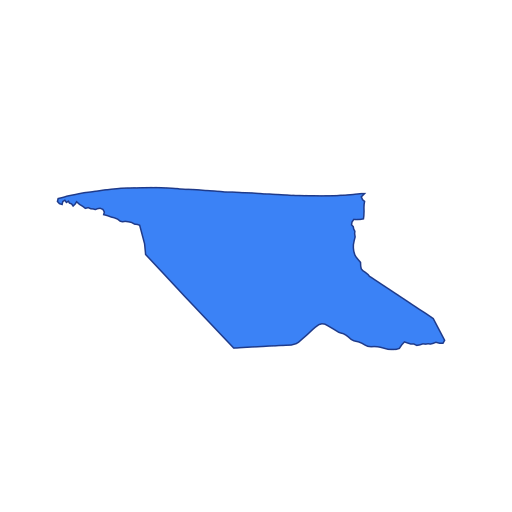 Quissamã, Rio de Janeiro, Brazil, rotated 199°
{"feature_id": "56859067B88241347773120", "entity_name": "Quissamã", "entity_type": "district", "adm_level": 2, "iso_a3": "BRA", "parent_name": "Brazil", "parent_adm1": "Rio de Janeiro", "projection": "mercator", "projection_center": [-41.42, -22.11], "detail": "fine", "context": "isolated", "style": "filled", "palette": "blue", "viewbox_px": 512, "rotation_deg": 199, "n_neighbors": 0, "source": "geoboundaries", "source_scale": "gbopen_adm2", "svg_char_len": 3434}
<svg xmlns="http://www.w3.org/2000/svg" viewBox="0 0 512 512"><g transform="rotate(199 256 256)"><path d="M173.7,350.3L176.7,349.3L179.9,347.8L182.1,346.8L184.1,345.8L186.8,344.6L189.4,343.5L191.3,342.6L193.4,341.8L196.1,340.8L198.9,339.5L201.8,338.4L204.0,337.6L205.9,336.9L208.2,336.1L210.2,335.4L212.1,334.7L214.1,334.0L217.8,332.8L220.9,331.8L222.9,331.1L225.5,330.2L227.8,329.5L230.0,328.7L232.4,328.0L235.5,327.0L238.4,326.0L240.4,325.5L242.3,324.8L244.2,324.3L246.3,323.8L248.3,323.2L250.3,322.6L252.6,322.0L254.8,321.4L257.4,320.6L260.6,319.7L263.4,319.0L266.4,318.0L269.3,317.1L271.7,316.6L274.8,315.7L277.9,314.9L280.3,314.3L283.5,313.3L287.1,312.2L289.9,311.3L292.3,310.7L295.0,309.9L297.2,309.3L299.3,308.7L301.9,307.8L304.3,307.0L306.5,306.3L309.0,305.8L311.5,305.2L313.5,304.6L316.5,303.9L320.0,302.9L322.7,302.2L325.3,301.4L328.2,300.7L331.6,299.9L334.1,299.2L336.6,298.5L338.9,297.8L341.0,297.2L344.2,296.1L347.6,295.2L350.0,294.5L352.0,294.2L354.3,293.5L356.3,293.0L359.2,292.2L362.1,291.4L365.0,290.5L367.8,289.7L370.3,288.9L372.8,288.1L375.0,287.3L377.7,286.4L381.3,285.1L384.6,283.9L388.2,282.6L391.0,281.5L392.9,280.9L395.1,280.1L397.7,279.1L400.0,278.3L402.8,277.2L405.9,276.0L408.4,274.8L411.3,273.5L414.6,272.0L417.8,270.4L420.2,269.4L422.9,268.0L425.5,266.6L427.6,265.5L429.6,264.6L431.6,263.5L433.6,262.5L435.9,261.4L438.5,260.2L441.0,258.8L444.1,257.0L447.2,255.1L449.5,253.8L452.1,252.3L454.3,251.0L456.1,249.6L458.6,247.9L461.8,245.9L461.5,242.9L458.9,241.5L456.1,241.6L456.4,244.6L454.9,246.5L452.7,244.9L451.2,246.7L449.6,245.3L447.3,245.2L445.2,243.7L443.8,246.5L443.3,248.9L439.8,247.4L435.8,246.5L432.9,245.5L430.4,247.1L427.5,246.9L425.3,247.5L423.1,247.6L421.2,249.2L418.9,250.4L415.9,250.2L413.7,248.2L413.5,245.5L411.3,245.7L408.9,245.8L405.5,245.7L402.5,246.0L398.8,245.8L395.7,244.7L393.4,244.9L390.9,246.2L387.3,246.9L384.6,247.2L381.1,246.6L378.5,247.2L376.0,247.2L365.4,231.4L364.4,229.3L363.1,226.4L361.9,223.8L360.9,221.5L338.0,209.4L310.6,194.8L247.1,161.7L243.5,163.1L241.1,164.2L239.1,165.0L236.0,166.3L234.0,167.1L232.1,167.9L229.4,169.0L226.2,170.2L222.8,171.6L219.3,173.0L215.6,174.6L213.4,175.5L210.8,176.5L208.6,177.3L205.2,178.8L203.1,179.6L200.9,180.4L198.8,181.3L196.7,182.1L193.7,183.3L189.5,186.2L187.7,188.3L184.7,193.6L182.5,197.4L181.3,199.6L178.3,205.3L176.8,207.9L174.2,211.6L171.6,213.4L168.7,214.0L165.1,213.4L162.2,212.8L159.2,212.2L156.5,211.6L153.0,210.8L150.5,210.8L148.2,211.0L145.3,210.5L142.5,209.6L138.8,208.1L135.9,207.7L133.6,207.9L131.1,208.2L127.5,208.0L123.9,207.3L120.9,207.0L117.6,207.7L114.7,208.9L111.4,209.8L108.8,210.2L106.2,210.4L103.2,210.6L100.7,210.8L98.3,211.5L95.9,212.3L93.0,213.4L90.4,215.3L89.2,219.7L87.7,223.1L84.3,223.1L80.9,223.2L78.2,224.2L74.9,223.8L72.2,225.3L69.6,227.3L66.9,227.9L64.7,229.1L62.5,229.5L60.3,230.9L57.8,233.0L54.0,233.3L50.8,234.4L50.2,237.7L68.0,254.5L74.7,256.4L77.3,257.1L84.1,258.7L93.3,261.1L105.5,264.3L122.9,268.8L129.1,270.4L136.4,272.3L140.1,273.3L142.1,273.7L143.9,274.9L147.2,276.1L150.2,276.9L152.3,278.1L153.7,280.5L155.1,284.0L158.8,286.2L161.3,287.8L162.9,289.2L165.1,292.3L166.6,295.4L167.6,298.4L168.2,302.7L168.5,306.3L170.0,309.2L170.6,311.6L172.4,313.3L173.6,315.4L175.8,316.6L176.3,319.3L175.5,322.4L173.1,323.1L169.4,324.5L166.5,326.1L167.1,329.0L168.4,333.4L169.7,336.9L170.6,340.0L171.1,343.0L173.5,343.9L175.7,346.2L173.7,350.3Z" fill="#3b82f6" stroke="#1e3a8a" stroke-width="1.5"/></g></svg>